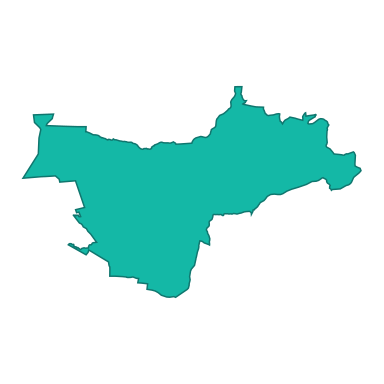 outline of Craiva, Arad, Romania
{"feature_id": "2599482B65879006777700", "entity_name": "Craiva", "entity_type": "district", "adm_level": 2, "iso_a3": "ROU", "parent_name": "Romania", "parent_adm1": "Arad", "projection": "robinson", "projection_center": [21.986, 46.592], "detail": "fine", "context": "isolated", "style": "filled", "palette": "teal", "viewbox_px": 384, "rotation_deg": 0, "n_neighbors": 0, "source": "geoboundaries", "source_scale": "gbopen_adm2", "svg_char_len": 6004}
<svg xmlns="http://www.w3.org/2000/svg" viewBox="0 0 384 384"><path d="M109.8,276.2L115.4,276.2L122.4,276.6L126.3,277.0L126.7,277.3L127.9,277.5L130.8,277.4L132.3,277.0L133.4,277.1L136.3,278.3L138.6,278.5L137.8,282.8L141.9,283.1L147.6,283.8L147.0,289.3L152.0,290.1L155.2,291.0L158.3,292.7L161.3,295.2L166.7,297.0L169.7,297.2L173.9,296.6L175.6,297.3L187.2,289.4L188.4,288.1L189.1,285.4L189.2,283.5L189.9,280.9L190.1,279.7L189.6,276.6L190.6,270.7L191.0,270.1L191.3,269.2L194.5,265.4L195.9,259.0L196.0,258.1L196.4,256.9L197.4,252.0L198.6,248.5L198.6,247.9L198.8,247.3L198.9,246.8L198.7,245.9L199.8,240.9L202.0,241.3L202.8,241.8L204.2,242.9L208.6,244.5L209.5,245.0L209.6,244.1L209.4,242.5L209.4,241.2L209.7,240.3L209.8,238.7L208.8,235.4L207.6,233.3L207.5,232.2L207.3,231.5L206.5,230.3L206.4,229.4L207.2,227.7L207.8,227.3L209.1,225.9L209.3,224.3L209.1,222.1L209.5,221.2L211.5,219.8L212.0,219.3L212.8,216.8L212.9,215.4L213.4,214.6L214.0,214.4L215.2,214.6L217.4,214.5L219.1,214.7L220.0,214.5L221.4,214.6L222.0,215.2L222.6,215.5L223.2,215.5L223.5,215.4L223.6,215.1L223.8,214.2L224.8,213.7L226.1,213.8L227.3,213.7L228.9,214.0L231.1,213.8L231.9,214.1L232.8,213.8L233.5,213.5L235.4,213.7L236.7,214.0L237.2,214.0L239.6,213.3L241.2,213.0L244.1,211.9L246.0,211.6L248.7,211.4L249.7,211.4L250.9,212.3L251.3,213.2L251.4,214.4L252.9,211.5L253.0,210.1L253.3,210.0L253.6,209.8L253.9,209.9L254.4,209.8L254.5,209.3L254.8,208.9L255.7,208.5L256.1,207.9L257.5,206.8L258.6,205.0L259.4,204.0L259.8,203.2L260.6,202.4L263.9,200.6L265.3,199.1L267.3,196.4L270.6,194.5L274.3,194.1L277.7,194.5L280.5,194.5L282.8,193.7L286.8,191.2L289.2,190.2L291.7,189.2L298.4,187.2L306.5,184.4L312.0,181.5L316.2,181.2L318.6,180.4L322.3,177.9L323.1,177.7L323.9,178.3L325.6,179.1L326.6,180.1L326.7,181.8L327.5,183.1L329.3,184.3L330.2,185.6L329.7,186.4L329.6,188.2L330.3,188.7L331.0,189.3L331.4,190.3L332.4,189.5L340.2,188.9L346.2,185.5L348.7,184.8L350.5,183.5L351.5,182.2L353.6,177.5L354.8,176.4L359.3,172.7L361.0,170.7L360.1,168.3L357.5,167.3L355.1,166.0L354.9,164.0L355.4,155.3L354.2,152.6L353.4,151.9L347.9,153.9L346.6,153.8L345.2,154.3L344.1,155.2L342.8,155.1L341.8,154.8L339.4,154.5L334.1,154.0L332.5,151.9L330.0,148.9L326.8,147.2L326.1,146.1L326.2,145.0L326.7,144.3L327.2,142.5L326.7,137.1L327.0,131.0L327.4,130.0L327.4,129.2L327.1,128.4L327.3,127.7L328.1,126.1L328.6,125.5L328.8,124.9L327.9,123.8L327.6,123.0L327.6,122.4L327.1,121.6L326.2,120.9L324.6,120.0L323.7,119.2L322.1,118.8L320.5,118.7L319.8,118.9L318.7,119.3L314.7,122.4L312.8,123.6L311.4,123.8L309.0,124.0L307.9,123.5L308.3,121.7L308.7,121.0L309.1,120.4L315.2,116.7L315.1,115.9L316.0,115.1L316.0,114.8L315.7,114.5L313.8,115.0L308.5,115.7L306.0,116.2L305.6,112.8L305.0,113.1L304.0,114.4L302.7,116.5L302.7,117.7L302.9,118.3L302.7,120.3L297.6,119.0L295.1,118.2L289.9,117.1L288.4,118.4L285.1,120.1L283.7,121.8L282.5,123.9L281.9,123.0L281.4,122.0L280.3,121.4L279.8,119.6L279.5,117.8L279.4,116.2L279.7,114.7L279.7,113.9L278.8,113.7L276.3,114.0L273.5,114.9L269.8,115.3L268.4,115.6L267.0,115.1L266.3,114.2L265.3,113.6L264.1,110.4L263.4,109.1L263.5,107.2L256.0,106.9L251.6,106.1L243.2,104.3L242.8,104.0L243.7,103.3L245.1,102.7L245.4,102.4L245.4,101.5L246.0,101.2L246.3,100.7L245.4,100.8L244.0,100.4L243.1,99.3L242.3,97.6L242.1,97.1L242.0,96.0L240.9,94.3L240.8,93.9L241.3,92.3L241.9,86.7L237.3,86.7L234.9,86.8L234.6,91.0L235.6,93.4L235.3,94.7L234.5,96.5L232.0,99.4L231.3,100.6L230.9,101.5L230.7,102.3L230.9,103.3L231.1,105.9L231.0,106.7L230.5,107.6L230.1,108.1L229.5,108.6L228.7,108.9L227.6,110.3L225.0,112.6L223.7,113.6L222.8,114.1L219.7,115.4L219.2,116.0L217.6,118.2L216.8,119.1L216.3,120.9L215.8,126.0L215.3,126.8L214.9,127.4L213.0,128.5L211.7,129.3L211.3,129.7L211.3,130.1L211.0,131.1L210.7,132.0L210.3,133.9L208.3,136.2L207.3,136.9L206.6,137.3L205.3,137.5L204.0,137.2L201.6,136.6L200.7,136.5L195.9,137.9L194.5,138.8L193.6,139.6L192.3,141.7L191.8,143.2L180.3,144.0L175.9,144.2L175.5,143.2L174.7,142.7L174.2,142.5L173.5,141.9L170.8,143.0L169.9,143.2L168.2,142.9L164.9,142.9L163.2,142.7L161.8,142.2L160.6,142.3L159.4,142.8L157.8,143.8L154.5,145.0L154.3,145.7L153.3,145.9L152.5,146.7L152.2,146.8L151.6,147.2L151.5,148.5L150.4,149.0L150.0,149.3L148.1,148.9L147.7,149.1L147.3,148.8L146.7,148.7L146.5,148.4L145.6,148.6L145.2,148.5L143.8,148.6L143.4,149.1L142.4,149.2L142.2,149.3L141.5,149.0L140.8,148.8L139.4,147.8L138.1,146.4L137.5,145.3L136.4,144.5L135.1,143.8L133.4,143.4L132.6,143.2L132.3,142.8L131.8,142.4L131.0,142.2L128.5,142.3L127.6,142.2L126.5,141.8L124.2,141.4L123.1,141.6L121.7,141.2L119.6,140.9L116.0,139.8L115.0,139.8L114.4,139.7L113.6,139.0L113.3,138.9L113.0,139.5L112.5,139.9L111.7,140.1L110.6,139.9L110.3,139.8L110.2,139.6L108.8,139.3L108.2,139.5L108.1,139.8L107.4,139.9L104.8,138.4L104.0,138.4L103.0,137.9L102.3,137.7L101.8,137.8L101.3,137.4L99.9,136.8L99.6,136.3L98.1,135.4L96.9,135.1L95.6,134.9L93.2,134.8L89.9,133.1L86.4,131.7L85.7,131.7L85.7,131.2L85.9,130.3L86.1,126.7L78.1,126.7L64.3,126.3L46.3,125.6L46.5,124.9L47.1,123.7L47.7,123.0L52.1,118.8L52.3,118.5L52.6,117.0L53.5,114.1L33.5,114.9L34.5,122.5L39.8,127.7L40.8,129.5L39.0,138.0L38.3,154.0L23.0,178.2L41.1,176.7L45.8,176.5L55.4,175.9L59.2,179.2L59.8,182.1L75.5,180.8L84.6,207.5L75.6,209.7L76.6,212.7L78.9,212.1L80.7,216.6L79.9,216.8L78.7,216.5L78.4,215.3L76.5,215.2L76.5,215.3L75.4,215.2L75.5,215.6L73.5,215.1L73.4,215.2L75.5,218.0L79.4,223.0L81.5,224.0L82.7,225.6L83.2,226.8L86.4,228.6L87.9,231.3L90.7,234.1L96.6,242.3L93.2,242.7L92.4,243.1L91.7,244.1L91.5,244.6L90.8,244.8L89.5,244.9L89.1,245.3L88.5,246.8L88.6,247.9L88.5,248.0L87.3,248.0L85.3,248.2L84.1,247.8L81.9,248.4L81.4,248.9L80.5,249.5L80.1,249.4L78.8,248.3L78.4,248.1L78.1,247.7L77.6,247.7L76.8,247.9L76.5,247.9L76.6,247.6L76.6,247.1L75.8,246.9L74.7,246.6L73.8,246.1L73.6,245.7L73.9,245.2L73.8,244.8L73.6,244.4L72.2,244.4L71.9,244.3L71.5,243.9L71.1,243.7L69.8,243.6L69.1,243.9L68.3,244.8L86.1,254.8L88.1,252.3L88.8,250.0L97.2,255.1L108.5,261.9L109.0,265.1L109.3,266.1L109.8,266.9L109.9,269.1L109.8,276.2Z" fill="#14b8a6" stroke="#0f766e" stroke-width="1.5"/></svg>